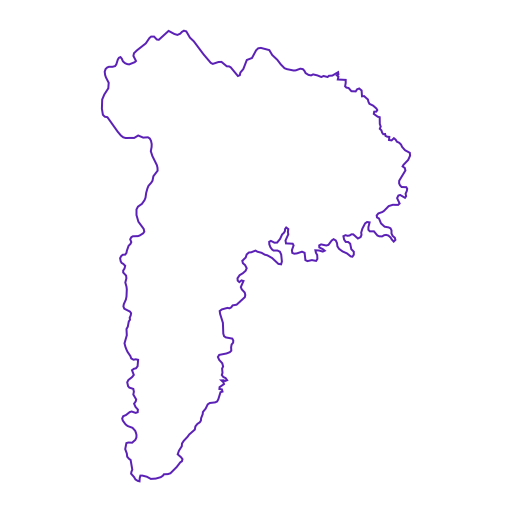 outline of Olhos-d'Água, Minas Gerais, Brazil
{"feature_id": "56859067B66105634364184", "entity_name": "Olhos-d'Água", "entity_type": "district", "adm_level": 2, "iso_a3": "BRA", "parent_name": "Brazil", "parent_adm1": "Minas Gerais", "projection": "robinson", "projection_center": [-43.585, -17.548], "detail": "fine", "context": "isolated", "style": "outline", "palette": "violet", "viewbox_px": 512, "rotation_deg": 0, "n_neighbors": 0, "source": "geoboundaries", "source_scale": "gbopen_adm2", "svg_char_len": 6030}
<svg xmlns="http://www.w3.org/2000/svg" viewBox="0 0 512 512"><path d="M139.5,481.3L139.7,478.2L140.4,475.6L142.4,475.6L146.8,476.7L150.8,478.9L155.7,478.6L160.7,477.2L162.8,475.8L163.9,474.3L167.9,474.1L170.4,473.3L176.7,467.0L180.3,462.3L181.9,461.3L182.5,459.2L181.1,457.3L177.7,454.3L179.0,450.6L181.8,446.2L182.0,443.5L183.7,440.9L187.7,436.6L189.2,434.5L194.8,429.6L195.4,426.4L197.4,423.9L199.8,422.3L200.9,420.6L201.1,418.2L202.7,414.2L202.9,412.0L205.6,408.7L207.7,404.4L209.8,403.0L215.1,402.4L217.1,401.5L218.3,399.3L220.5,392.2L222.5,391.6L221.9,389.4L219.4,389.0L219.6,387.1L224.0,384.1L223.4,382.3L221.4,380.4L223.5,380.3L225.1,381.0L227.1,380.2L225.6,378.1L223.2,376.9L221.8,375.0L222.5,372.9L222.1,368.6L223.1,366.5L222.3,363.3L219.2,359.9L217.9,357.0L219.2,354.9L226.4,353.5L229.8,352.2L231.3,350.7L231.1,347.3L231.6,344.5L233.1,342.7L233.3,340.6L232.3,338.6L225.8,337.4L224.1,336.2L223.3,333.7L222.9,322.8L220.1,313.9L219.7,311.0L221.9,309.4L227.4,307.9L229.5,308.3L231.2,307.4L232.6,305.4L236.6,304.7L244.8,297.2L245.3,295.0L244.7,292.5L241.8,289.4L240.8,287.1L243.5,281.0L241.5,280.4L239.3,282.1L237.7,280.6L237.5,278.3L239.6,275.2L242.9,273.2L245.6,270.8L246.7,268.2L245.1,265.1L242.9,263.2L242.3,260.8L245.7,257.5L246.7,254.4L248.9,252.5L251.2,252.3L255.5,250.6L257.4,251.7L261.6,252.8L264.8,254.7L267.3,255.3L272.1,258.0L278.4,263.9L281.1,264.3L281.9,261.5L281.2,254.6L279.9,251.7L277.4,250.5L273.5,250.5L272.1,249.5L270.5,247.4L269.3,244.3L269.2,241.8L270.9,240.9L274.5,242.7L277.1,242.6L280.1,238.9L282.1,234.5L283.9,232.8L284.9,231.1L285.1,229.0L286.2,227.5L288.3,229.1L287.9,232.0L288.3,234.3L285.5,240.5L286.0,243.4L292.7,243.7L293.6,245.4L291.9,250.2L292.3,252.9L294.3,253.7L296.9,253.4L302.0,251.7L304.6,252.8L305.4,260.1L307.4,261.1L311.9,260.1L316.1,260.9L317.4,258.9L317.2,255.0L315.9,252.7L315.4,250.3L319.1,250.5L322.8,251.6L324.7,250.7L322.9,249.2L319.3,247.4L319.2,245.4L321.1,244.4L326.3,245.5L328.4,244.9L331.7,240.5L333.6,239.2L335.8,240.5L337.0,243.1L337.4,246.3L339.0,248.8L342.5,251.4L347.0,253.4L350.7,256.4L352.4,256.7L353.8,254.7L353.8,251.7L351.3,249.2L350.2,243.7L348.2,242.0L345.7,241.9L344.1,239.5L343.4,236.2L345.5,235.2L347.6,235.8L349.6,235.5L351.5,234.3L353.2,234.3L357.9,238.5L360.6,237.1L361.5,234.9L361.2,232.6L362.4,228.6L365.1,223.4L367.1,222.0L369.6,222.4L368.4,227.1L368.4,229.8L369.8,231.3L373.9,231.3L377.4,235.5L379.3,236.3L382.1,236.4L384.2,235.2L386.1,234.9L388.3,235.5L390.5,237.4L391.8,239.5L393.7,241.6L395.4,239.9L394.8,237.7L392.7,236.0L391.5,233.5L391.5,230.4L390.5,228.3L388.6,227.4L384.6,226.7L381.0,223.4L379.0,218.5L377.0,217.4L376.7,215.4L378.4,213.4L382.4,212.0L384.0,210.9L388.7,206.1L392.8,204.8L398.1,204.9L399.6,203.5L397.1,198.1L398.4,195.5L400.2,195.0L405.0,197.8L406.1,196.2L405.6,193.7L406.8,191.0L407.2,188.8L406.3,187.2L401.6,187.0L400.0,185.3L399.1,183.3L399.2,180.7L405.4,170.5L404.8,168.0L402.6,166.4L403.5,164.8L408.2,159.9L410.1,155.6L409.8,152.8L405.0,150.2L402.1,146.9L401.0,144.5L399.1,142.7L396.9,141.7L395.7,139.7L393.9,138.2L391.6,140.4L389.0,140.0L389.3,136.9L387.2,136.7L385.5,135.9L385.1,134.0L383.3,134.2L382.1,132.6L381.4,130.3L379.8,128.8L380.7,126.5L379.8,124.0L379.7,117.2L377.7,116.7L373.8,113.9L374.2,111.7L376.3,111.6L377.3,110.1L376.4,108.5L373.1,105.6L369.4,103.8L368.4,101.7L367.9,99.5L364.1,96.1L362.0,96.3L361.6,90.5L359.2,88.5L357.1,89.3L355.7,91.4L351.4,91.2L348.6,88.0L346.4,87.6L345.1,86.3L345.7,83.0L345.7,79.9L337.8,79.5L338.4,76.6L336.9,75.4L338.4,74.3L338.1,72.2L332.3,75.6L328.9,75.8L327.6,77.0L323.6,76.0L321.3,77.0L317.4,75.4L313.1,74.4L311.1,75.4L308.5,74.9L305.6,73.1L304.4,70.8L302.8,69.1L300.3,68.7L295.7,70.4L293.6,70.5L286.8,69.1L284.5,68.2L280.8,64.4L277.3,59.8L272.2,55.0L269.3,50.1L260.9,47.9L258.2,48.3L256.1,50.3L252.0,58.0L246.8,60.0L243.3,69.1L240.4,72.5L239.8,75.2L237.9,76.0L230.7,67.3L229.1,66.4L226.8,66.3L221.5,61.9L218.5,62.0L212.8,63.9L210.8,62.9L203.5,54.3L193.8,41.3L189.9,37.6L186.3,31.4L183.9,30.7L181.9,31.9L180.2,33.7L177.4,34.9L174.4,34.0L168.6,30.9L158.8,39.8L156.8,39.5L154.1,36.6L151.1,36.6L149.4,38.1L145.8,43.4L137.0,50.3L134.0,53.2L133.4,55.9L136.0,61.0L134.7,62.2L129.2,64.4L127.2,64.1L124.9,63.1L122.9,61.3L121.8,58.7L120.5,57.1L118.9,57.8L117.8,59.6L116.3,64.4L115.1,66.1L112.5,66.8L108.9,66.8L107.2,67.5L105.6,69.0L104.7,71.7L105.1,74.9L105.9,77.3L108.7,82.8L108.3,88.3L104.3,94.5L102.2,99.5L101.9,108.7L102.9,114.8L104.8,116.7L107.4,117.2L117.7,131.7L120.9,135.5L123.2,137.3L125.6,138.0L134.3,137.9L138.2,135.5L143.2,137.6L147.9,137.3L149.8,138.5L151.0,140.8L151.7,144.1L151.6,147.0L150.8,151.2L152.4,156.1L156.9,165.2L157.5,167.8L157.6,170.7L153.4,176.2L152.5,180.7L151.3,182.6L148.5,185.8L147.4,188.5L146.2,192.8L145.5,197.7L144.5,200.2L141.9,203.9L138.0,206.6L136.5,209.4L136.5,215.1L138.4,221.7L143.7,228.9L144.3,231.6L143.2,233.3L139.7,235.5L138.0,236.1L132.8,236.3L131.3,237.2L130.2,239.3L131.3,242.1L130.5,243.9L128.6,245.8L126.8,250.9L126.5,252.8L125.2,254.6L122.7,254.8L121.2,256.1L120.1,258.2L120.7,261.3L121.6,262.9L123.3,263.9L125.2,265.8L124.5,268.6L123.2,270.5L123.2,272.5L126.1,275.6L126.4,278.3L125.3,282.5L126.5,286.7L126.8,289.4L126.5,296.5L125.9,299.5L123.8,304.2L123.4,306.4L124.3,308.7L130.0,311.6L131.1,313.2L130.7,315.5L129.7,317.7L130.0,319.7L128.8,321.4L127.8,326.7L126.5,329.0L126.8,335.3L124.5,343.3L125.4,346.8L126.4,349.4L127.5,351.8L130.4,356.1L131.2,358.4L133.5,359.7L135.8,359.3L138.1,359.8L137.6,366.2L136.0,368.3L133.9,368.8L132.0,370.2L133.8,374.9L132.2,377.0L128.4,380.0L127.2,382.3L128.1,386.2L129.3,387.6L133.3,388.9L133.9,391.7L133.3,394.5L136.2,399.5L135.7,401.4L134.1,403.7L135.5,406.9L137.9,409.6L137.7,412.2L135.7,412.9L131.6,411.5L129.7,412.1L125.9,415.1L123.2,416.2L122.2,418.5L122.8,420.6L125.5,424.3L127.6,426.0L132.5,427.8L135.2,430.8L136.0,433.0L136.5,435.0L136.4,437.5L135.3,439.9L132.1,442.7L128.4,442.5L126.4,443.1L125.2,449.1L126.8,453.4L127.2,456.7L129.1,458.9L130.6,459.9L132.3,469.7L131.4,471.8L131.1,473.7L134.1,477.1L135.4,479.4L137.8,480.9L139.5,481.3Z" fill="none" stroke="#5b21b6" stroke-width="2"/></svg>